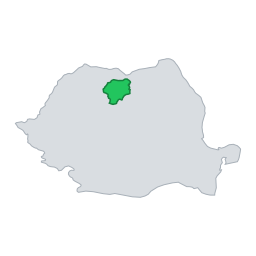 Bistrita-Nasaud highlighted on a map of Romania
{"feature_id": "ROU-295", "entity_name": "Bistrita-Nasaud", "entity_type": "County", "adm_level": 1, "iso_a3": "ROU", "parent_name": "Romania", "parent_adm1": "", "projection": "natural_earth1", "projection_center": [24.568, 47.164], "detail": "fine", "context": "in_parent", "style": "filled", "palette": "green", "viewbox_px": 256, "rotation_deg": 0, "n_neighbors": 0, "source": "natural_earth", "source_scale": "10m", "svg_char_len": 4836}
<svg xmlns="http://www.w3.org/2000/svg" viewBox="0 0 256 256"><path d="M204.9,143.3L207.5,146.5L210.7,148.1L218.1,149.9L218.8,149.7L218.8,149.3L218.3,148.9L218.2,148.3L218.6,147.6L219.6,147.5L221.3,148.2L224.4,147.3L229.1,144.8L233.3,144.3L237.3,145.7L239.3,147.5L240.6,149.1L240.3,151.1L240.1,152.4L239.1,157.6L238.5,159.5L237.4,161.7L225.2,164.3L226.0,163.0L225.7,160.9L225.1,159.2L226.2,157.7L223.5,157.2L222.3,158.0L221.4,159.4L222.3,162.7L221.0,164.5L220.5,165.5L220.5,168.0L219.7,169.0L219.6,170.1L221.5,169.8L220.7,171.9L217.1,175.9L215.8,178.3L216.3,187.8L214.8,193.4L214.7,195.1L210.8,195.1L209.6,195.0L205.9,194.2L201.8,192.7L199.3,189.7L197.7,187.7L194.2,188.6L193.5,188.3L192.6,187.3L189.9,186.7L186.7,186.6L179.3,182.8L178.5,182.2L172.8,182.8L164.2,184.7L157.6,187.0L150.9,191.2L148.2,194.3L145.0,196.0L140.4,197.3L132.3,196.8L123.9,195.2L114.8,193.5L109.9,194.4L103.3,193.7L93.3,191.7L85.8,191.1L78.5,192.3L77.2,191.4L77.0,190.3L77.3,188.8L78.3,187.7L80.1,186.8L81.0,185.8L81.1,184.9L79.2,183.4L75.1,181.3L73.4,180.1L73.0,179.7L72.9,178.6L72.1,177.7L70.5,177.0L69.3,175.8L68.4,174.1L68.6,172.4L69.9,170.9L71.5,170.2L73.4,170.4L74.2,170.0L73.9,168.9L72.0,167.5L68.6,165.9L65.0,166.8L61.4,170.3L58.8,170.8L57.3,168.5L54.5,167.1L50.4,166.6L48.0,165.7L47.0,164.4L45.3,163.3L41.4,162.2L41.4,161.1L42.0,160.9L43.4,160.8L45.2,160.6L45.5,160.0L45.6,159.4L44.1,158.7L42.6,158.2L41.9,157.8L41.4,157.2L41.3,156.7L41.7,156.3L42.3,156.3L42.9,156.0L43.3,154.7L44.1,153.6L44.7,153.3L44.6,152.5L44.1,151.8L43.3,151.1L42.1,150.8L38.4,149.7L36.5,148.1L35.4,148.1L33.6,147.2L31.6,145.9L30.0,144.0L28.2,142.8L27.7,142.3L27.7,141.8L28.0,141.3L28.0,140.7L27.6,138.9L27.9,136.9L27.9,135.1L27.9,134.3L27.5,134.0L27.2,134.3L26.7,134.7L26.3,134.7L25.0,133.4L23.3,130.7L22.2,129.8L19.9,128.5L18.1,127.5L16.7,125.2L15.4,123.5L16.3,122.7L21.7,121.7L24.2,122.7L25.3,122.3L26.4,121.5L27.1,120.9L27.2,120.2L27.7,119.3L29.6,118.9L34.4,119.4L36.3,118.2L37.1,117.6L37.5,116.1L38.0,114.9L39.8,114.3L39.8,113.2L39.5,112.1L40.6,109.5L41.2,108.4L42.2,108.0L43.3,107.2L45.4,105.5L44.9,104.0L45.4,102.9L47.5,100.3L49.2,97.7L49.2,96.4L49.4,95.3L50.9,94.1L52.4,92.5L54.4,87.5L55.1,86.6L56.4,85.7L57.4,84.7L57.6,81.5L58.5,80.5L60.2,79.4L62.0,77.7L63.4,75.7L64.5,74.8L65.9,74.5L67.5,73.7L69.2,73.4L70.9,73.8L72.0,73.6L73.6,72.6L77.7,68.9L78.3,68.2L79.2,67.7L82.5,66.4L83.4,65.1L84.5,64.0L86.0,64.1L90.8,66.9L96.0,66.7L97.0,66.8L97.3,66.9L97.9,67.1L104.8,68.5L105.9,68.4L106.1,68.3L108.9,69.4L111.4,69.3L113.7,68.5L116.1,68.2L118.3,68.7L120.0,70.3L124.4,73.8L125.7,75.1L127.8,74.9L130.0,74.2L132.2,71.9L139.2,69.3L144.5,68.6L149.6,67.6L155.6,66.8L157.3,64.7L158.2,63.2L158.9,60.5L162.1,59.7L165.1,59.2L166.2,58.8L168.4,58.7L170.2,59.0L172.9,60.3L174.7,62.0L175.5,63.3L177.1,65.2L178.8,67.8L180.7,71.4L181.2,73.1L181.9,75.1L183.3,77.4L186.0,80.0L186.3,80.5L187.6,82.3L189.9,86.4L191.9,88.0L193.6,89.8L194.5,91.6L195.7,93.2L198.6,95.3L200.9,97.3L202.8,102.9L204.2,105.5L205.0,107.4L204.7,111.4L205.2,113.1L204.2,116.3L202.4,122.6L202.0,127.6L202.4,130.3L202.5,132.0L202.9,133.1L203.5,135.4L203.6,137.4L202.9,138.0L202.0,138.4L201.6,138.8L202.5,139.7L203.7,141.4L204.9,143.3Z" fill="#d9dde1" stroke="#a8b0b8" stroke-width="1"/><path d="M109.3,103.1L109.8,102.2L110.0,101.8L110.1,100.6L110.3,100.1L110.3,99.7L110.2,99.2L109.7,98.8L108.9,98.4L108.6,98.2L108.4,97.6L108.5,97.4L108.5,97.2L108.1,96.7L107.9,96.5L107.9,96.1L108.0,95.7L108.1,95.3L108.1,94.9L108.0,94.6L107.7,94.1L107.3,93.9L106.8,93.7L106.5,93.6L106.0,93.2L105.7,93.0L104.3,92.6L104.0,92.5L103.8,92.2L103.6,91.9L103.5,91.6L103.3,89.9L103.2,89.6L103.2,89.2L103.3,88.9L104.1,88.4L104.4,88.1L104.6,87.7L104.9,86.9L105.8,86.1L107.2,84.3L107.4,84.0L107.5,83.7L107.5,83.2L107.7,82.9L108.0,82.8L110.0,82.4L110.5,82.2L110.7,81.9L111.2,81.0L111.4,80.7L111.7,80.5L113.3,79.8L113.7,79.7L118.2,80.6L122.6,80.5L123.1,80.4L123.5,80.2L124.4,79.4L125.2,79.1L127.2,79.1L127.5,79.4L129.4,80.7L130.0,81.4L130.3,81.8L130.4,82.1L130.4,82.5L130.2,82.9L130.0,83.1L129.7,83.3L129.4,83.4L129.2,83.6L129.2,83.8L129.4,84.0L129.5,84.2L129.5,84.3L129.4,84.6L129.2,84.7L128.8,84.7L128.6,84.7L128.4,84.8L128.3,85.0L128.6,85.5L129.1,86.1L129.2,86.3L129.5,86.9L129.6,87.2L129.6,87.5L129.5,88.0L129.2,88.5L129.0,88.9L128.9,89.2L129.2,89.5L129.5,89.6L129.9,89.5L130.1,89.6L130.1,89.8L130.0,90.2L129.9,90.5L129.8,91.4L129.9,93.5L128.1,94.2L126.5,94.4L125.9,94.6L125.1,95.1L124.0,96.0L123.8,96.2L123.4,96.9L123.3,97.1L122.7,97.9L122.5,98.3L122.4,98.7L122.2,99.6L122.1,99.8L121.8,99.9L121.4,99.9L121.0,99.7L120.3,99.3L120.0,99.2L119.7,99.2L119.4,99.2L119.0,99.4L118.4,99.8L117.9,100.4L117.7,100.7L117.5,101.3L117.3,101.5L116.9,102.0L116.7,102.2L116.7,102.6L116.6,102.9L116.6,103.2L116.4,103.4L116.1,103.6L115.6,103.8L114.8,103.9L113.7,104.2L113.3,104.3L112.8,104.3L111.3,103.9L109.3,103.1Z" fill="#22c55e" stroke="#15803d" stroke-width="1.5"/></svg>